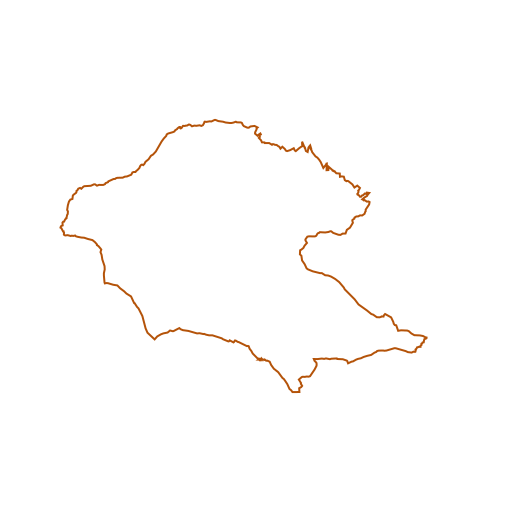 Slimnic, Sibiu, Romania, rotated 30°
{"feature_id": "2599482B85072360210848", "entity_name": "Slimnic", "entity_type": "district", "adm_level": 2, "iso_a3": "ROU", "parent_name": "Romania", "parent_adm1": "Sibiu", "projection": "equal_earth", "projection_center": [24.168, 45.943], "detail": "fine", "context": "isolated", "style": "outline", "palette": "amber", "viewbox_px": 512, "rotation_deg": 30, "n_neighbors": 0, "source": "geoboundaries", "source_scale": "gbopen_adm2", "svg_char_len": 6103}
<svg xmlns="http://www.w3.org/2000/svg" viewBox="0 0 512 512"><g transform="rotate(30 256 256)"><path d="M138.8,355.3L139.9,354.3L141.2,353.6L146.7,352.3L150.7,350.8L154.4,351.9L159.4,352.5L162.5,353.3L168.0,353.5L174.0,357.7L174.4,357.5L178.5,359.6L180.4,360.1L187.6,364.8L196.6,373.9L200.4,376.7L209.9,378.9L210.7,375.0L212.8,371.4L214.5,369.3L217.7,366.5L218.8,363.5L221.4,362.8L222.1,362.3L225.6,356.8L227.3,357.1L229.7,356.8L234.9,354.7L243.7,352.5L245.7,351.1L249.5,349.9L250.0,349.4L252.1,349.1L255.2,348.1L257.9,346.5L267.5,344.4L268.9,344.6L274.8,343.8L275.3,343.3L275.4,342.2L279.7,342.1L280.0,341.3L279.9,339.8L280.6,339.4L283.2,339.5L284.0,339.2L293.2,338.6L294.0,337.9L294.8,337.8L296.8,339.5L299.5,340.6L301.9,342.1L308.1,343.8L309.8,343.6L310.2,344.1L310.0,344.5L310.8,344.1L310.6,343.8L310.7,343.0L311.2,342.7L311.6,343.5L311.1,344.1L311.5,344.4L312.4,343.9L312.2,343.3L312.9,342.8L312.6,342.2L313.5,342.5L313.4,342.2L315.2,341.8L315.3,341.3L317.2,341.6L318.0,341.0L320.7,340.7L323.6,342.8L327.8,344.7L333.3,345.5L339.9,348.4L341.6,348.6L343.6,349.5L347.2,351.3L351.5,354.4L353.6,354.7L355.6,355.6L361.6,352.1L359.5,348.9L360.7,346.9L360.9,345.4L358.7,344.2L358.5,343.5L354.9,341.6L356.1,338.1L356.6,337.4L358.8,336.2L360.2,335.0L361.9,334.2L362.9,333.1L363.5,325.0L363.3,320.8L362.5,319.2L361.6,318.2L359.1,317.5L357.6,316.3L360.8,314.5L364.3,311.9L366.5,311.0L367.8,309.7L371.6,308.4L372.6,307.3L377.2,304.3L377.8,304.6L382.8,302.0L386.9,301.2L387.5,301.3L389.4,302.9L391.6,299.7L392.7,298.8L394.5,295.7L395.8,294.1L398.0,292.1L399.7,289.6L402.2,286.9L405.2,284.1L406.9,280.5L408.1,279.0L408.4,277.7L409.7,276.5L413.3,274.3L414.5,273.9L416.2,272.7L422.0,266.6L423.2,266.0L433.2,263.5L435.6,263.3L439.1,261.8L440.2,260.1L441.7,259.5L441.9,259.1L441.4,258.0L441.4,257.4L440.9,257.1L441.3,256.0L441.2,254.5L442.0,253.9L442.2,253.4L443.9,252.4L443.3,251.4L443.8,250.3L443.1,249.2L443.6,248.5L443.5,247.6L444.4,246.9L443.7,245.1L443.4,243.8L444.5,242.5L444.4,241.9L445.2,241.0L443.6,241.7L440.6,241.8L437.7,242.8L432.7,245.4L429.2,245.4L426.0,244.7L424.4,244.9L418.8,247.8L416.5,249.7L412.1,245.9L410.7,246.4L409.2,245.8L407.8,244.4L403.7,241.6L396.8,241.7L396.4,243.6L396.7,244.7L394.9,245.6L394.8,246.1L393.7,247.3L391.2,248.6L386.8,248.2L384.9,248.6L379.4,247.7L369.0,246.7L363.1,244.2L349.5,240.5L347.8,239.4L341.1,237.0L335.9,236.3L331.2,236.3L328.3,236.8L325.5,238.1L321.6,237.9L320.1,238.8L312.8,240.9L307.6,241.6L306.0,241.4L302.3,238.8L298.1,236.8L295.2,233.1L293.2,232.6L291.5,229.3L291.4,228.7L292.0,228.0L293.0,225.4L292.9,222.8L293.6,219.2L291.1,217.8L290.5,216.9L290.8,213.6L292.0,212.5L297.2,209.6L298.0,208.5L298.1,207.7L298.0,206.3L298.4,205.0L299.1,204.4L299.3,203.5L304.2,201.0L306.7,199.0L308.0,197.4L308.9,197.0L311.3,197.4L316.7,196.4L318.6,195.5L319.8,193.3L322.3,191.8L321.6,187.9L323.2,184.5L323.3,178.8L321.7,177.2L321.5,176.6L322.5,174.4L322.1,173.5L323.1,171.6L324.7,170.6L325.8,168.8L327.7,167.8L328.9,165.2L328.5,163.2L328.6,162.4L327.8,161.0L328.2,154.8L327.4,152.5L326.2,152.5L324.8,153.5L322.3,153.3L321.7,153.8L321.2,153.2L320.7,153.8L319.7,153.8L320.7,151.0L322.1,148.5L322.1,147.0L322.5,144.8L320.2,145.7L320.2,147.2L319.0,147.5L318.4,149.7L317.6,150.5L317.3,152.2L316.3,152.7L315.1,152.0L313.1,152.0L312.7,151.6L312.9,150.7L312.7,149.2L311.8,148.3L312.1,147.3L312.0,145.1L308.5,144.4L307.0,147.5L303.7,145.8L298.5,145.0L297.3,145.4L296.9,146.0L295.0,145.9L292.4,143.4L290.4,144.2L289.1,145.4L287.3,142.7L284.2,144.2L282.3,143.6L279.6,143.8L279.3,143.6L279.6,143.4L279.3,143.4L274.3,142.4L275.7,145.4L274.2,146.4L271.1,140.5L270.8,140.8L271.0,141.6L270.3,146.1L265.1,142.3L262.5,141.0L259.9,140.1L257.8,140.0L252.8,138.0L251.5,136.9L249.7,135.9L248.6,134.5L249.1,134.5L247.6,133.1L247.3,134.8L247.6,135.8L247.3,136.0L248.7,140.1L246.7,140.1L244.2,137.7L244.0,137.9L239.4,134.4L239.2,134.6L239.4,135.2L240.0,135.7L240.2,136.4L241.5,137.4L240.7,138.4L239.5,141.0L238.0,145.3L236.8,145.2L234.8,143.8L232.6,147.3L230.5,149.6L229.2,149.8L227.5,148.9L224.2,148.2L223.5,150.8L221.6,149.7L220.5,149.8L218.3,149.5L217.0,150.2L215.3,150.4L214.3,151.0L214.2,151.7L211.0,151.6L207.2,153.8L206.6,153.4L204.3,154.6L202.6,153.3L199.4,152.3L199.8,150.9L198.5,150.1L199.4,148.3L198.5,147.7L197.5,149.8L197.2,151.1L194.0,150.5L193.4,149.3L193.2,146.1L192.7,145.2L193.1,143.9L189.7,144.1L186.4,146.6L185.6,148.5L184.3,149.2L180.5,149.6L179.1,149.1L177.2,147.8L176.1,147.9L172.6,149.8L171.4,149.8L169.6,151.9L168.1,153.2L166.8,153.9L162.9,155.6L160.3,156.2L155.9,158.0L152.9,158.4L152.1,158.9L150.1,161.8L148.6,162.5L145.8,164.8L144.5,165.2L144.3,165.8L144.6,167.0L144.6,169.3L143.6,170.7L141.8,171.0L139.2,173.1L137.4,173.9L135.7,175.7L133.6,175.3L132.2,175.6L131.0,177.6L130.1,178.1L129.4,178.9L127.7,179.8L127.5,182.4L127.0,183.2L126.5,183.2L125.8,182.3L125.1,182.6L124.2,184.7L124.2,185.5L123.1,187.6L123.1,188.9L122.1,190.3L118.7,193.8L117.9,195.3L118.2,196.9L117.4,200.3L117.0,204.0L117.0,215.6L116.1,219.6L114.9,221.7L114.6,225.9L113.2,229.7L113.3,232.1L112.9,233.7L111.6,233.8L111.0,234.5L110.7,236.1L111.0,238.0L110.4,240.7L109.8,242.1L109.6,243.5L108.2,244.3L107.2,245.4L107.3,248.0L104.5,251.6L102.7,252.9L101.4,254.8L97.0,257.5L96.0,258.4L95.5,259.6L94.1,260.6L90.8,265.2L90.9,266.1L89.3,268.1L89.3,269.3L88.1,270.9L84.5,272.9L83.1,274.6L80.9,274.4L79.9,274.9L77.8,277.8L72.4,281.4L71.8,282.4L71.1,285.1L69.6,285.0L68.4,286.6L68.5,288.0L68.0,289.5L68.5,290.3L68.6,291.2L67.3,294.3L67.2,295.3L68.5,298.4L67.0,300.0L66.8,302.4L67.7,306.1L69.4,310.5L70.8,311.4L71.7,313.2L72.0,314.1L71.9,314.9L72.7,317.3L72.6,317.8L73.0,318.1L72.4,319.7L72.6,322.2L71.9,322.7L71.7,323.8L73.3,326.2L72.6,327.0L72.2,327.9L72.5,329.2L73.5,329.2L76.5,331.1L77.1,330.9L77.4,331.5L78.1,331.8L78.9,333.5L79.4,333.7L80.5,333.6L82.5,332.1L85.6,331.3L86.3,330.5L87.7,330.0L89.1,328.7L89.9,329.0L91.5,328.7L95.6,327.3L98.0,326.1L101.9,325.3L106.4,324.0L109.6,324.5L112.5,325.5L112.8,326.1L114.6,326.2L117.7,327.3L118.8,327.8L119.4,330.4L121.7,332.2L124.7,335.9L129.9,340.5L131.7,343.3L132.9,347.0L134.0,348.9L138.0,354.6L138.8,355.3Z" fill="none" stroke="#b45309" stroke-width="2"/></g></svg>